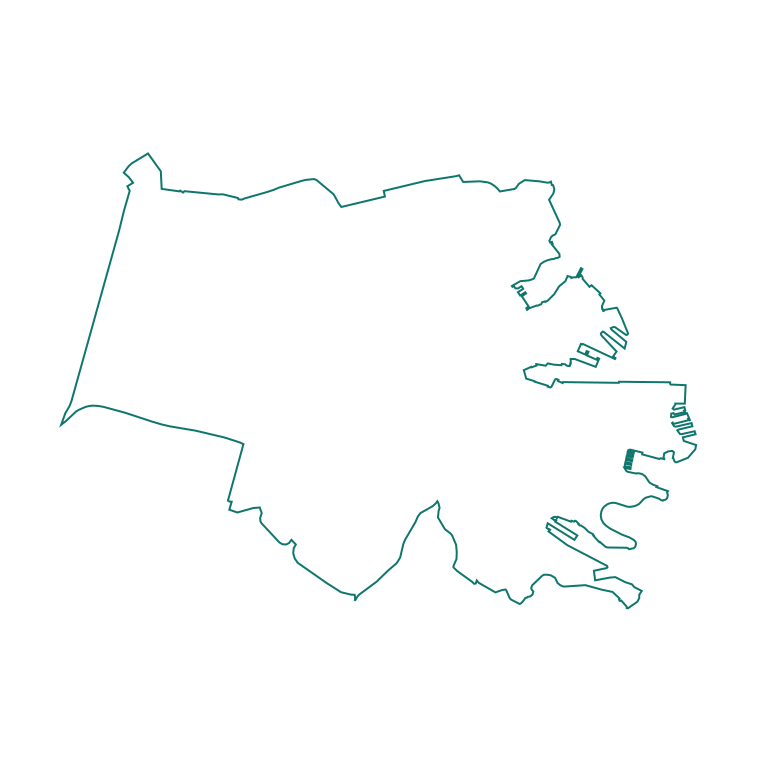 Sydney, New South Wales, Australia (Albers equal-area conic projection), rotated 96°
{"feature_id": "25037944B98854570895907", "entity_name": "Sydney", "entity_type": "district", "adm_level": 2, "iso_a3": "AUS", "parent_name": "Australia", "parent_adm1": "New South Wales", "projection": "albers", "projection_center": [151.208, -33.889], "detail": "fine", "context": "isolated", "style": "outline", "palette": "teal", "viewbox_px": 768, "rotation_deg": 96, "n_neighbors": 0, "source": "geoboundaries", "source_scale": "gbopen_adm2", "svg_char_len": 6100}
<svg xmlns="http://www.w3.org/2000/svg" viewBox="0 0 768 768"><g transform="rotate(96 384 384)"><path d="M458.3,700.8L453.9,696.3L443.5,687.3L441.7,685.0L437.9,678.3L436.8,675.1L436.0,671.9L435.7,666.0L436.1,660.3L439.7,638.2L445.6,610.9L447.5,600.6L448.5,592.4L450.1,566.5L453.8,537.5L457.2,521.2L458.5,517.5L516.3,527.0L517.0,525.6L517.0,523.2L525.2,524.7L527.1,516.4L521.0,501.0L519.8,494.7L525.2,492.1L530.3,493.2L533.5,492.5L535.0,491.6L552.5,471.5L554.0,468.2L553.8,464.4L552.1,461.8L548.7,459.8L552.8,454.9L556.8,456.6L561.8,456.6L566.9,454.5L570.8,451.2L587.9,420.3L595.6,404.9L596.9,394.8L596.7,391.2L599.8,390.3L602.7,390.4L597.7,388.0L596.1,386.7L581.3,370.6L569.6,360.9L560.9,352.7L555.0,349.8L540.9,348.0L536.8,346.8L518.3,338.4L511.8,336.3L508.6,334.3L500.3,322.7L497.4,320.1L495.0,318.7L497.3,317.2L501.3,315.8L504.2,316.4L511.1,316.4L522.1,308.2L525.6,302.4L527.5,300.4L536.4,295.5L543.4,294.1L550.5,293.6L557.4,295.8L559.1,295.8L562.4,291.6L571.6,275.5L573.3,273.5L572.8,271.9L569.7,271.2L571.8,269.0L579.6,251.4L576.7,245.3L575.7,241.8L576.3,240.9L584.1,236.4L585.3,234.7L588.6,226.1L588.1,225.1L585.6,223.1L582.1,221.1L581.6,219.7L580.7,218.9L580.0,216.4L577.9,214.3L574.7,213.8L573.1,215.6L571.4,216.3L568.6,215.5L558.1,206.6L557.0,205.0L556.6,201.3L556.9,197.9L558.9,193.6L563.7,190.6L565.6,187.8L566.5,185.2L566.6,183.4L563.0,162.7L565.8,145.8L566.9,135.0L572.7,127.3L573.8,127.8L575.0,126.9L575.0,126.1L574.5,125.5L580.0,119.4L581.5,119.2L581.6,118.0L574.1,109.3L570.3,107.8L566.8,108.1L562.9,106.0L559.8,113.9L557.3,116.5L555.9,123.3L551.9,133.7L552.9,139.1L557.2,153.5L547.8,155.7L543.8,143.4L543.0,142.6L541.6,143.1L525.2,184.7L513.5,204.9L511.6,203.6L511.0,204.8L511.4,205.1L509.9,207.4L505.4,206.6L519.1,178.3L514.4,175.9L503.1,199.2L501.7,198.5L501.3,199.5L501.9,199.9L500.0,203.2L498.8,201.7L498.2,200.0L498.4,198.5L499.3,198.0L497.9,197.3L501.4,183.7L500.4,183.3L501.0,180.6L500.1,179.9L500.0,179.1L502.6,175.8L503.0,176.1L504.2,174.7L504.1,173.3L506.2,169.4L509.6,165.2L511.3,160.8L512.7,159.5L513.0,159.9L518.8,153.4L518.4,153.0L522.9,146.4L523.2,144.2L521.5,125.8L521.7,124.3L522.7,123.0L521.1,118.3L519.8,117.2L516.8,116.6L514.7,117.3L513.1,119.1L510.9,123.9L509.1,131.1L504.2,143.9L501.8,148.2L499.6,151.1L496.0,153.6L492.2,154.7L488.0,154.5L485.1,153.6L482.9,152.2L480.3,149.4L479.2,147.4L478.2,144.3L478.1,141.3L480.6,128.9L480.4,126.0L479.3,122.2L478.1,119.8L476.5,117.6L471.7,114.1L469.8,112.0L467.8,107.0L467.7,105.6L469.3,98.4L470.5,96.4L470.9,94.6L470.4,94.4L469.6,91.8L468.0,90.5L464.9,90.1L462.2,91.1L460.9,90.4L458.1,102.2L457.1,101.6L456.0,105.9L454.8,108.8L453.6,110.3L448.6,114.4L446.7,117.6L446.2,120.3L446.3,123.1L446.7,123.5L445.9,132.2L445.3,133.8L442.3,136.1L442.8,130.0L441.0,129.9L440.7,136.1L438.1,135.9L438.7,129.7L437.1,129.7L436.5,135.7L434.2,135.4L434.9,129.4L433.3,129.2L432.6,135.3L430.5,135.1L431.1,129.0L429.5,128.8L428.8,134.7L426.7,134.6L427.5,128.6L426.1,128.4L425.2,134.4L424.4,134.2L423.5,132.5L425.2,119.8L427.0,119.9L429.8,102.2L428.9,101.1L429.4,97.5L428.7,97.5L428.6,98.3L423.7,98.1L421.3,94.3L420.4,90.3L421.6,88.5L427.5,89.0L427.5,88.6L430.7,86.9L431.3,85.9L431.3,84.8L425.6,74.0L416.4,67.6L412.1,67.2L409.3,79.9L405.8,81.2L401.4,68.9L398.5,70.1L402.8,82.9L402.8,84.4L399.4,87.5L398.7,86.7L393.8,72.9L390.7,74.0L396.0,89.5L395.6,91.1L392.7,93.4L392.2,92.8L393.5,92.0L388.2,77.5L386.8,78.0L386.6,77.5L388.1,76.3L387.9,76.0L381.3,79.7L382.3,81.7L382.5,81.6L387.0,94.0L386.8,95.1L383.4,95.2L382.7,93.0L384.0,92.0L380.4,81.8L379.1,82.7L378.7,81.7L375.6,82.8L379.2,93.0L378.2,94.4L373.6,92.0L373.0,92.2L372.1,82.8L353.6,83.9L354.6,98.9L353.7,99.6L352.4,99.6L357.2,150.5L358.3,150.6L363.4,206.2L364.4,206.4L362.8,211.4L361.6,211.0L361.0,213.3L361.6,214.3L369.1,217.1L370.0,218.0L369.5,221.0L368.6,220.9L365.9,234.7L365.4,234.7L363.8,243.1L355.6,246.4L351.5,239.3L352.0,238.9L349.6,234.1L348.3,234.6L348.9,225.1L346.4,223.2L347.0,217.3L346.8,209.5L345.4,209.3L345.5,205.7L346.6,204.3L346.9,201.8L346.4,201.6L346.3,201.0L344.0,200.9L344.0,200.4L339.6,201.0L339.2,197.0L344.8,175.2L336.3,172.7L335.7,174.5L337.6,175.1L334.4,185.2L330.6,184.0L330.1,185.9L333.6,187.0L331.2,194.7L323.5,192.3L323.9,191.0L323.4,190.4L335.0,156.9L333.9,156.5L332.8,159.1L327.4,156.1L312.9,172.9L311.0,173.6L309.0,172.0L309.3,170.8L323.6,148.4L316.8,147.4L306.0,163.6L304.7,164.3L303.2,161.4L303.4,160.0L309.9,148.4L309.5,147.1L308.4,146.5L293.5,154.4L284.1,160.1L283.8,160.5L287.3,172.6L287.6,173.3L288.2,173.0L288.4,173.6L286.4,174.5L286.5,174.9L283.9,175.4L278.0,173.6L272.4,179.2L271.2,178.3L264.1,187.9L265.9,189.8L258.7,197.4L257.2,197.6L255.3,199.1L257.6,201.6L257.4,202.0L248.9,198.7L248.2,200.2L257.7,203.9L258.2,207.0L259.0,208.8L258.0,209.3L257.5,212.7L262.7,214.3L268.6,220.1L277.0,224.2L284.0,229.9L285.5,232.2L285.0,232.6L286.2,235.3L288.2,236.0L290.1,239.5L290.0,240.4L293.6,247.7L295.3,249.4L293.7,250.4L291.8,248.3L282.3,256.1L279.1,252.2L278.0,253.1L281.8,257.8L278.7,260.4L274.8,255.5L272.4,257.4L275.0,260.8L275.1,263.4L273.1,265.0L273.9,266.4L273.1,267.0L267.5,259.2L265.9,251.1L264.1,246.8L263.3,245.9L248.3,240.8L245.7,237.7L244.1,234.9L242.4,230.7L242.0,228.4L240.6,225.9L240.4,224.4L239.2,222.6L236.4,223.1L227.5,231.8L227.0,230.9L225.1,231.9L225.9,233.5L224.3,234.5L220.4,233.2L218.8,231.8L217.2,229.2L207.3,225.5L205.2,226.2L183.5,239.1L176.9,235.5L172.6,234.9L168.6,236.6L168.5,237.9L165.3,239.2L166.2,240.3L166.7,242.2L166.2,250.5L166.5,265.3L170.7,270.7L175.4,273.4L176.4,274.7L180.4,288.8L177.3,292.2L175.3,295.1L173.6,298.4L172.6,302.0L172.4,309.8L174.8,326.4L168.6,331.1L169.8,334.2L177.9,364.6L192.0,404.4L197.5,402.7L212.4,445.0L209.1,448.0L200.7,453.8L188.2,472.4L187.5,475.0L189.1,482.8L190.7,487.4L199.7,509.0L202.4,513.9L205.2,520.1L214.0,542.0L215.4,544.4L215.6,545.8L215.5,548.1L214.3,548.7L212.2,564.0L212.8,568.6L213.1,602.6L214.6,603.8L213.0,607.0L213.8,607.5L213.2,625.5L195.8,628.2L179.4,642.8L190.9,657.9L194.2,660.8L201.1,664.9L205.0,659.4L210.1,654.6L214.2,659.9L218.5,657.1L239.4,660.8L259.2,663.5L434.0,693.1L439.0,694.5L446.4,697.9L458.3,700.8Z" fill="none" stroke="#0f766e" stroke-width="2"/></g></svg>